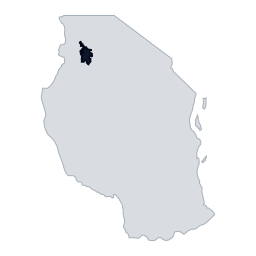 Geita, Geita, United Republic of Tanzania (highlighted)
{"feature_id": "72390352B97667671873629", "entity_name": "Geita", "entity_type": "district", "adm_level": 2, "iso_a3": "TZA", "parent_name": "United Republic of Tanzania", "parent_adm1": "Geita", "projection": "equal_earth", "projection_center": [32.048, -2.782], "detail": "fine", "context": "in_parent", "style": "filled", "palette": "ink", "viewbox_px": 256, "rotation_deg": 0, "n_neighbors": 0, "source": "geoboundaries", "source_scale": "gbopen_adm2", "svg_char_len": 7184}
<svg xmlns="http://www.w3.org/2000/svg" viewBox="0 0 256 256"><path d="M97.5,192.4L95.0,190.6L92.6,189.5L90.8,188.3L89.9,187.1L88.2,186.7L86.6,186.5L85.2,185.4L82.3,185.0L82.0,184.2L81.9,182.6L81.4,182.2L80.3,181.8L79.2,181.8L78.5,182.0L78.1,181.9L77.2,181.0L76.3,179.8L75.9,177.8L74.6,176.6L73.1,175.6L68.8,175.7L68.1,175.4L67.1,174.4L65.9,172.8L65.0,170.9L64.1,168.4L63.2,165.0L58.3,151.5L57.8,149.0L56.9,146.1L55.3,142.7L53.6,140.1L51.4,137.7L48.8,135.4L47.4,133.8L44.8,127.4L44.2,124.4L43.8,121.4L44.0,120.1L45.6,116.1L45.8,115.0L45.6,113.5L44.8,110.3L43.7,106.4L41.6,99.4L41.3,97.7L41.4,96.3L42.6,89.2L42.6,88.2L47.5,88.3L51.1,85.2L54.2,80.5L54.8,78.6L56.1,75.6L57.3,74.1L57.8,73.0L58.5,70.1L60.2,68.0L61.8,66.5L61.4,65.4L61.7,65.0L62.6,64.2L64.2,63.4L64.6,61.9L64.6,60.1L64.3,59.1L64.3,58.0L64.1,57.3L63.0,57.2L61.3,56.3L59.9,55.9L59.0,55.4L58.7,55.0L58.5,53.9L59.3,51.2L58.5,50.1L60.2,45.5L60.5,45.0L61.2,44.9L62.2,44.4L63.1,44.2L63.8,44.4L64.4,44.2L64.8,43.7L65.3,42.2L65.6,39.6L65.4,37.5L64.7,35.9L64.5,33.4L64.8,30.1L64.6,27.3L63.8,25.1L63.0,23.8L61.8,23.2L59.8,19.9L59.2,18.2L59.3,17.2L60.0,16.8L61.2,16.9L62.4,16.6L63.5,15.6L64.5,15.4L65.1,15.5L114.2,15.5L171.5,58.6L171.7,59.1L172.2,62.8L172.1,64.1L171.2,66.2L170.9,67.3L170.9,68.1L171.1,68.4L171.9,68.5L172.5,69.0L172.8,69.4L173.2,71.1L173.9,71.9L195.6,93.0L196.1,93.3L195.8,95.1L194.5,99.4L194.4,101.2L194.0,103.3L193.5,104.7L192.2,110.7L191.2,113.0L189.7,118.3L189.4,122.3L190.2,125.1L190.5,127.8L192.2,130.4L193.5,131.3L194.4,132.5L196.0,135.2L196.9,138.0L199.8,139.3L200.9,142.4L200.5,144.5L199.1,146.2L197.9,149.0L196.8,152.7L196.8,158.4L197.5,157.5L199.0,158.9L199.2,163.1L197.6,168.0L197.1,170.2L197.0,172.2L198.1,178.0L199.8,180.9L199.6,181.9L199.2,182.6L202.1,187.9L201.8,192.4L202.9,195.9L203.4,199.0L204.1,201.4L204.2,203.0L203.3,204.8L205.4,205.2L206.7,206.7L207.3,208.1L208.8,208.1L209.7,209.0L210.9,209.8L213.5,212.2L214.2,213.4L214.7,214.5L207.2,221.9L204.5,223.9L202.6,224.7L200.6,225.2L198.6,226.4L196.8,228.2L194.5,229.2L191.6,229.2L188.6,230.5L183.9,234.3L181.2,232.2L179.0,231.5L176.5,231.6L175.0,231.8L174.5,232.3L174.0,233.6L173.6,235.8L172.0,237.8L169.1,239.8L166.5,240.5L164.1,240.0L162.5,239.2L161.6,238.1L160.4,237.5L158.7,237.6L157.2,238.4L155.6,240.0L153.2,240.6L149.9,240.4L148.2,239.7L147.9,238.4L146.5,236.9L143.8,235.2L141.9,235.1L140.6,236.8L139.5,237.8L138.5,238.3L137.5,238.3L136.2,237.9L132.5,237.7L129.1,237.8L128.7,235.4L128.0,233.9L127.4,233.0L126.2,232.8L125.9,232.2L125.5,230.7L124.9,229.4L124.1,228.3L123.7,227.4L123.5,226.5L123.6,225.5L124.4,223.0L124.6,221.3L124.5,219.6L124.1,217.9L123.3,215.8L123.4,215.2L123.1,213.7L123.1,212.7L123.3,211.5L123.1,209.8L122.4,206.3L122.4,205.4L121.7,203.7L119.4,199.7L119.3,199.2L115.7,195.1L114.2,194.2L113.7,195.0L113.5,195.7L113.7,197.0L113.6,197.6L113.4,197.9L112.6,197.9L112.0,197.7L110.7,196.6L109.6,196.4L106.9,196.6L106.0,196.8L105.3,196.6L103.9,194.7L102.2,194.3L100.8,194.2L98.3,192.1L97.5,192.4ZM200.2,124.5L201.4,129.0L201.3,129.8L200.4,130.3L200.0,130.4L199.4,129.7L199.1,128.1L198.4,128.5L197.4,126.7L196.3,126.6L195.3,124.5L195.7,122.6L195.5,119.4L196.7,117.7L197.4,115.0L198.1,116.9L198.3,119.8L199.3,123.3L200.2,124.5ZM206.1,97.8L206.2,98.9L206.0,99.9L206.0,103.1L205.9,105.2L205.0,108.1L204.3,109.1L203.6,108.8L203.1,108.3L202.7,107.5L203.5,102.2L203.1,98.2L204.8,98.6L206.1,97.8ZM203.4,162.4L202.5,162.7L202.2,162.4L201.7,161.5L202.6,160.8L203.5,159.3L205.5,157.2L206.5,155.5L206.3,157.1L205.1,160.8L204.2,161.0L203.4,162.4Z" fill="#d9dde1" stroke="#a8b0b8" stroke-width="1"/><path d="M81.5,61.9L82.0,62.0L82.4,61.8L82.9,61.9L83.1,61.8L83.4,61.8L83.5,62.0L84.0,61.8L84.5,61.0L84.8,60.4L85.3,60.4L85.7,60.6L85.9,60.7L86.1,60.8L86.4,61.1L86.5,61.1L86.6,62.7L86.8,62.6L87.5,62.7L87.5,62.9L87.5,63.3L87.6,63.7L87.6,64.0L87.9,64.2L88.1,64.2L88.6,64.5L88.8,63.6L89.1,63.1L89.4,63.1L89.7,62.8L89.9,62.4L90.0,62.3L90.2,62.2L90.1,61.7L90.2,61.0L90.3,60.9L90.6,61.0L90.5,60.5L90.6,60.1L90.7,59.8L90.6,59.1L90.6,58.8L90.6,58.6L90.3,58.6L90.3,58.9L90.4,59.1L90.0,59.1L89.8,58.9L89.8,58.7L89.6,58.5L89.3,58.3L89.3,58.0L89.2,57.5L89.6,55.7L90.1,55.6L90.7,56.1L91.0,56.4L91.3,56.6L91.7,56.2L92.2,56.2L92.2,55.8L92.3,55.6L92.2,54.8L91.9,54.4L91.7,53.8L91.7,53.6L91.9,53.4L91.1,53.0L90.5,52.9L90.2,52.9L89.9,52.8L89.7,52.2L89.6,51.9L89.6,51.6L89.7,51.3L89.7,50.9L90.2,50.7L90.3,50.5L90.8,50.4L91.3,50.4L91.3,50.1L91.2,49.8L90.9,49.8L90.2,49.6L89.7,49.5L89.3,49.4L89.2,49.4L88.7,49.3L87.4,49.3L87.3,49.1L87.3,48.7L87.0,48.3L86.9,48.1L86.7,48.0L86.4,47.1L86.1,47.2L86.1,47.5L85.8,47.5L85.5,47.6L85.6,47.9L85.3,48.2L85.3,47.9L85.2,47.7L85.1,48.0L84.9,48.0L84.8,47.8L84.8,47.7L84.7,47.5L84.8,47.2L84.6,47.4L84.4,47.6L84.3,47.4L84.1,47.2L84.0,46.9L83.9,47.0L83.7,46.8L83.8,46.5L83.7,46.5L83.7,46.4L83.6,46.6L83.6,47.0L83.4,47.2L83.4,46.9L83.4,46.7L83.3,46.8L83.2,46.9L82.9,47.0L83.1,47.3L83.1,47.2L83.2,47.3L83.1,47.6L83.1,47.9L83.2,48.0L83.1,47.8L83.3,48.0L83.1,48.3L83.1,48.5L83.2,48.9L83.2,49.0L82.8,49.2L82.2,49.0L82.1,49.3L82.3,49.5L82.5,49.7L82.6,50.0L82.9,50.4L83.0,50.7L83.0,51.0L83.3,51.3L83.4,51.5L83.2,51.5L83.3,51.8L83.2,52.0L83.3,52.1L83.6,52.3L83.7,52.5L83.8,52.7L83.8,52.9L83.7,52.9L83.5,53.0L83.4,52.8L83.2,52.8L83.1,53.1L82.8,53.0L82.8,52.8L82.9,52.3L82.8,52.2L82.8,51.9L82.8,51.7L82.7,51.5L82.6,51.3L82.6,51.1L82.4,51.1L82.2,51.2L82.2,51.3L82.1,51.2L82.1,50.9L82.3,50.7L82.2,50.7L82.3,50.7L82.2,50.5L82.3,50.4L82.2,50.3L82.1,50.2L82.0,50.4L82.0,50.5L81.9,50.5L81.8,50.4L81.7,50.5L81.6,50.4L81.5,50.0L81.4,50.2L81.4,50.3L81.6,50.6L81.6,50.9L81.8,50.8L81.8,51.1L81.8,50.9L81.7,50.9L81.7,51.1L81.8,51.1L81.7,51.1L81.6,51.3L81.7,51.6L81.8,51.7L81.7,51.6L81.8,51.6L81.8,51.8L81.7,51.8L81.5,51.5L81.4,51.6L81.2,52.0L81.2,52.3L81.1,52.5L81.1,52.4L81.1,52.0L81.1,51.9L81.1,51.6L81.2,51.3L81.2,51.1L80.9,51.0L81.0,50.9L80.9,50.9L80.7,50.9L80.7,51.0L80.4,51.3L80.3,51.6L80.5,51.9L80.6,52.0L80.4,52.2L80.5,52.5L80.5,52.8L80.8,53.2L80.7,53.4L80.5,53.5L80.4,53.4L80.5,53.6L80.8,54.4L81.1,54.9L81.4,55.1L81.4,55.3L81.7,55.5L81.9,55.7L81.8,55.9L81.8,56.1L81.9,56.7L82.1,57.2L82.0,57.5L81.9,57.5L82.0,57.7L81.7,58.0L81.7,58.3L81.5,58.6L81.5,59.7L81.6,59.9L81.8,60.0L81.7,60.5L81.8,60.9L81.6,61.5L81.5,61.9ZM80.9,41.8L80.8,41.7L80.7,41.6L80.3,41.6L80.2,41.7L80.2,41.9L80.0,42.5L79.9,42.5L79.7,42.6L79.8,42.9L79.7,43.0L79.8,43.2L80.0,43.4L80.5,43.0L80.5,43.3L80.4,43.6L80.4,43.8L80.7,44.2L80.8,44.4L80.8,44.6L80.8,44.9L80.6,45.5L80.6,45.8L80.7,46.2L80.9,46.3L81.3,46.1L81.4,45.8L81.8,45.7L81.7,45.5L81.9,45.3L82.0,45.3L82.0,45.1L81.8,45.1L81.8,44.9L82.0,44.7L81.9,44.7L81.5,44.3L81.4,44.1L81.6,43.8L81.8,43.8L81.8,43.3L81.9,42.9L81.6,43.4L81.3,43.4L81.3,43.2L81.1,43.3L81.0,43.2L80.9,43.1L81.0,42.9L80.8,42.7L80.7,42.2L80.9,41.8ZM82.7,44.8L82.7,44.6L82.6,44.8L82.6,44.7L82.5,44.8L82.4,44.9L82.3,45.1L82.2,45.3L82.3,45.4L82.5,45.2L82.5,45.3L82.6,45.5L82.7,45.2L82.7,44.8ZM83.0,45.8L82.9,45.6L82.8,45.9L82.6,45.9L82.6,45.7L82.5,45.8L82.7,46.1L82.8,46.1L82.7,46.2L82.8,46.3L82.9,46.2L82.9,46.3L83.0,46.3L83.0,46.2L82.9,46.0L83.0,45.9L83.0,45.8ZM83.4,45.7L83.1,45.5L83.1,45.8L83.3,45.8L83.4,45.7ZM80.3,51.3L80.3,51.0L80.2,51.1L80.2,51.3L80.3,51.3ZM84.5,47.3L84.5,47.2L84.4,47.1L84.5,47.3Z" fill="#0f172a" stroke="#020617" stroke-width="1.5"/></svg>